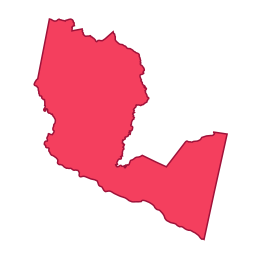 Santa Terezinha, Mato Grosso, Brazil, rotated 98°
{"feature_id": "56859067B41133101441873", "entity_name": "Santa Terezinha", "entity_type": "district", "adm_level": 2, "iso_a3": "BRA", "parent_name": "Brazil", "parent_adm1": "Mato Grosso", "projection": "natural_earth1", "projection_center": [-50.819, -10.289], "detail": "fine", "context": "isolated", "style": "filled", "palette": "rose", "viewbox_px": 256, "rotation_deg": 98, "n_neighbors": 0, "source": "geoboundaries", "source_scale": "gbopen_adm2", "svg_char_len": 5957}
<svg xmlns="http://www.w3.org/2000/svg" viewBox="0 0 256 256"><g transform="rotate(98 128 128)"><path d="M120.2,29.0L120.1,42.5L120.7,42.5L121.3,41.6L122.2,41.8L123.5,43.0L123.8,43.9L123.9,44.9L125.0,49.3L127.1,53.6L128.7,54.3L129.9,55.2L131.3,57.5L132.1,61.0L132.5,61.8L133.1,62.5L133.2,63.8L133.0,64.6L133.3,65.8L132.7,67.8L133.1,68.5L133.9,69.2L161.1,84.6L157.8,95.6L153.1,110.1L154.6,111.9L155.0,112.8L155.4,113.8L155.7,115.3L156.0,115.9L156.4,116.6L158.1,118.2L158.8,119.1L159.7,120.8L160.2,121.1L164.0,121.9L164.8,122.9L164.5,123.6L165.1,124.3L166.1,124.4L167.7,125.2L167.7,126.0L167.2,126.2L166.5,125.5L165.4,125.5L165.9,126.1L166.2,126.7L166.7,127.9L166.8,128.8L166.0,129.7L166.1,130.5L166.8,131.3L167.3,131.6L167.5,132.2L167.9,132.9L167.9,133.7L167.5,134.2L167.0,134.3L166.6,134.9L166.1,135.1L165.9,134.6L165.9,133.8L165.3,133.3L164.7,133.9L164.1,134.2L163.5,134.2L162.1,133.7L161.4,133.7L160.4,132.7L159.7,132.4L159.9,131.7L159.7,130.7L159.2,130.4L157.8,130.5L157.3,131.2L156.7,130.5L156.4,129.6L155.8,130.0L155.1,130.1L154.4,129.8L153.4,130.2L152.9,130.1L152.2,130.2L150.0,129.8L149.4,129.1L148.0,129.6L147.6,130.3L146.4,129.6L145.1,129.3L145.0,130.2L144.3,130.0L143.8,130.7L143.6,131.5L142.6,131.4L142.0,131.6L140.8,131.6L140.9,131.0L139.9,130.2L139.3,129.3L138.6,129.3L137.9,129.7L137.3,129.4L137.0,128.2L135.7,126.6L135.0,126.7L134.5,126.6L134.1,125.8L134.0,125.0L132.6,124.9L132.3,125.5L132.4,126.3L131.5,126.0L130.7,126.1L130.6,125.4L130.9,124.7L130.4,124.6L130.0,124.3L129.3,123.5L126.9,123.4L126.4,123.5L125.7,124.3L125.4,125.4L124.6,125.7L123.9,125.2L122.0,125.3L120.5,125.1L120.0,124.7L119.3,124.7L118.7,124.1L118.4,123.5L117.7,123.6L116.9,123.2L116.1,124.4L115.4,124.0L114.8,124.3L113.5,125.3L112.8,124.9L112.4,124.4L111.9,124.0L111.9,124.7L111.2,124.3L110.3,124.6L109.6,124.3L109.1,125.1L108.0,124.7L107.5,124.2L106.9,124.1L106.5,123.4L105.7,123.1L105.0,123.0L104.4,123.3L103.9,122.8L104.0,121.8L103.7,120.8L103.8,119.4L104.0,118.5L103.6,118.0L103.2,117.7L102.9,116.6L102.5,116.0L101.1,114.8L99.6,112.9L98.5,112.9L97.9,112.5L97.3,112.5L96.6,112.2L96.2,111.6L95.6,111.6L95.0,111.9L94.7,113.0L94.0,113.6L93.0,113.8L91.8,114.6L91.0,115.3L90.3,115.7L89.6,115.7L88.6,116.3L87.6,115.5L86.6,115.2L86.0,115.6L85.9,116.2L86.0,116.8L85.2,117.7L84.8,116.8L84.0,117.4L83.3,118.9L82.5,119.8L81.6,120.1L80.9,120.2L79.9,121.4L79.3,121.7L78.6,121.4L77.8,122.0L76.0,123.0L74.9,123.4L73.7,123.3L73.3,122.8L72.9,121.5L71.8,120.1L71.2,120.2L70.9,120.8L69.6,120.6L68.8,119.9L67.4,120.1L67.0,120.6L66.4,120.7L64.3,122.8L63.6,124.3L63.0,124.7L62.3,124.7L61.8,124.3L60.8,125.1L59.9,124.8L59.4,124.9L57.9,125.6L57.1,125.8L55.5,126.8L54.5,126.9L53.7,127.2L53.1,127.8L52.8,128.4L52.5,129.5L52.3,130.7L51.7,131.5L51.1,133.3L50.5,133.8L50.0,134.7L49.1,136.9L49.3,139.4L49.0,140.1L47.4,141.8L47.0,143.6L46.2,144.9L46.2,147.5L46.0,148.3L45.0,149.9L43.7,151.8L42.4,152.9L39.3,153.3L38.8,153.7L36.8,154.4L36.4,155.4L34.7,156.1L42.9,163.1L44.9,165.3L45.2,166.0L45.3,167.9L45.2,168.5L45.5,169.8L46.9,171.0L46.4,172.1L45.4,172.6L43.9,174.5L43.5,175.6L43.0,176.1L42.7,177.5L42.0,177.8L41.8,178.4L42.3,179.1L42.7,181.4L42.9,181.9L43.1,182.9L42.8,183.5L41.4,185.4L40.3,185.4L39.0,186.6L37.6,186.6L37.0,187.1L36.3,187.2L39.6,197.0L37.1,197.2L36.6,197.1L36.1,197.6L35.5,197.3L34.6,196.4L34.1,195.3L33.1,195.8L31.8,195.9L31.2,196.1L30.7,197.0L29.9,197.0L28.7,198.0L28.2,199.3L28.2,200.3L28.6,201.3L28.8,201.9L29.5,203.1L29.9,204.4L30.8,204.9L30.6,206.4L30.5,208.4L30.2,209.5L30.3,210.4L29.8,211.4L30.5,212.5L31.7,213.5L32.4,215.3L32.2,216.1L32.2,216.8L31.2,219.2L31.0,221.0L91.3,224.2L91.8,224.2L93.0,225.3L95.1,226.3L96.6,226.8L97.8,227.0L98.3,226.8L98.7,226.4L99.0,225.6L99.3,224.2L100.2,223.5L100.7,222.7L101.4,222.4L103.0,222.1L104.6,221.3L105.9,221.2L107.1,220.4L108.0,220.2L108.5,219.6L108.4,218.5L108.7,217.9L109.1,217.7L110.2,217.7L111.5,215.9L111.4,215.0L111.8,214.5L112.6,214.5L113.4,214.1L116.3,213.6L117.2,213.7L117.5,213.1L118.1,212.9L119.4,213.1L121.1,214.0L121.9,213.9L122.5,213.6L122.9,212.7L122.5,211.9L121.5,211.7L121.1,212.8L120.3,211.6L120.4,211.0L120.7,210.4L121.2,210.1L123.3,209.7L123.8,209.2L124.2,208.7L124.3,206.9L125.2,205.7L124.9,204.9L126.7,203.8L127.3,203.0L129.6,201.3L130.4,201.0L132.5,200.9L133.2,201.0L134.9,201.9L135.6,202.0L136.4,201.8L138.3,202.3L138.9,202.3L139.8,202.2L140.6,201.8L141.0,200.9L141.5,200.7L143.0,201.0L144.3,201.7L145.0,201.9L145.2,203.6L144.6,205.6L145.0,206.1L146.7,206.0L147.4,206.5L148.3,206.6L148.8,206.9L149.5,206.9L150.9,206.1L152.1,206.1L152.5,207.7L153.1,208.3L153.8,208.6L155.5,208.7L156.1,208.4L156.8,207.2L158.3,206.8L158.8,205.9L158.8,204.1L159.1,203.4L161.1,203.3L161.9,203.1L162.7,202.3L164.5,201.1L165.5,200.0L165.8,198.4L166.2,197.6L166.4,196.9L167.0,196.1L167.4,195.1L169.1,193.2L170.3,192.9L172.3,193.0L172.8,192.7L173.3,192.1L173.8,191.1L173.6,189.8L173.7,188.8L173.9,187.9L174.4,187.1L175.5,185.7L176.4,183.4L176.2,182.5L176.3,180.9L175.9,178.9L177.0,176.9L177.3,176.0L177.3,175.4L176.9,174.0L177.0,171.7L177.6,171.0L179.2,169.9L181.2,169.9L182.0,169.7L182.5,169.3L182.9,168.6L182.9,167.9L182.2,166.1L182.0,165.4L182.0,164.2L182.2,163.1L183.6,157.6L183.9,153.8L184.6,151.3L185.7,150.5L187.8,149.5L188.9,148.8L189.6,147.5L189.7,146.4L190.1,145.5L193.0,143.3L193.8,142.2L194.1,141.4L193.2,138.7L193.0,137.2L193.3,135.8L194.7,132.6L196.2,127.8L196.7,126.0L197.1,123.5L197.6,121.0L198.2,119.6L199.8,116.7L200.5,113.8L200.4,112.4L199.8,109.0L199.6,107.3L199.0,104.7L198.0,104.2L197.6,103.5L197.5,102.7L197.6,100.9L198.7,96.6L200.2,93.3L201.2,91.8L202.0,91.0L203.1,90.3L204.4,88.6L204.7,87.7L204.9,86.0L205.2,85.0L207.8,81.8L209.8,80.1L212.4,78.8L213.8,77.4L214.3,76.6L215.7,72.7L216.1,68.5L216.4,67.5L216.6,67.0L217.7,65.6L218.6,63.2L218.2,61.5L218.4,60.3L219.0,59.0L219.6,58.1L220.4,56.1L220.8,54.0L220.7,51.7L221.0,50.9L221.8,49.0L222.5,46.9L224.5,43.3L225.5,42.2L226.4,41.4L227.7,39.8L227.8,39.1L227.4,38.2L227.8,37.2L179.8,33.7L120.2,29.0Z" fill="#f43f5e" stroke="#9f1239" stroke-width="1.5"/></g></svg>